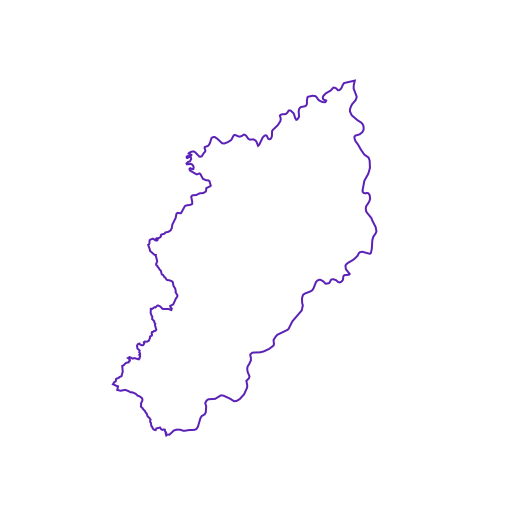 Buritizeiro, Minas Gerais, Brazil (Albers equal-area conic projection), rotated 24°
{"feature_id": "56859067B33679027231632", "entity_name": "Buritizeiro", "entity_type": "district", "adm_level": 2, "iso_a3": "BRA", "parent_name": "Brazil", "parent_adm1": "Minas Gerais", "projection": "albers", "projection_center": [-45.225, -17.281], "detail": "fine", "context": "isolated", "style": "outline", "palette": "violet", "viewbox_px": 512, "rotation_deg": 24, "n_neighbors": 0, "source": "geoboundaries", "source_scale": "gbopen_adm2", "svg_char_len": 6117}
<svg xmlns="http://www.w3.org/2000/svg" viewBox="0 0 512 512"><g transform="rotate(24 256 256)"><path d="M152.8,189.9L155.8,189.8L156.0,190.6L155.2,191.5L152.6,192.7L152.3,193.8L152.9,194.5L153.7,194.3L154.0,193.1L154.8,192.6L155.7,192.4L156.7,192.8L157.3,193.7L157.2,196.4L155.6,197.8L154.9,199.7L155.6,200.3L158.9,198.5L160.1,198.3L161.9,199.1L163.0,200.4L163.4,202.1L162.4,202.6L160.3,202.5L159.8,203.2L160.1,204.1L161.1,204.8L168.4,205.6L169.3,205.1L170.7,203.6L171.6,203.6L176.2,207.1L179.7,207.1L181.6,206.3L183.1,206.6L186.1,210.2L185.5,211.3L183.0,214.1L183.9,216.9L183.6,218.1L182.8,219.2L182.0,220.1L179.1,221.6L176.6,224.6L173.8,226.1L173.0,226.9L172.7,228.2L175.8,232.6L176.5,234.4L176.1,235.1L174.2,236.7L172.4,237.7L171.0,238.9L170.7,239.7L170.1,247.3L169.2,247.9L167.1,248.3L166.5,248.9L166.2,250.0L167.1,253.8L166.8,261.5L167.7,264.6L167.6,267.3L166.0,269.7L163.6,271.4L163.3,272.9L160.8,274.9L160.6,275.7L161.2,276.6L160.9,277.9L159.6,279.4L158.1,280.1L157.7,281.0L158.4,281.7L159.4,281.6L159.1,282.3L157.9,282.6L154.8,282.1L152.7,284.1L152.4,285.0L153.5,287.7L153.5,288.8L153.0,289.7L156.6,293.5L157.0,294.4L162.1,296.0L163.3,296.2L164.1,295.8L164.4,296.6L167.9,301.0L168.0,303.8L168.4,304.7L170.1,305.3L170.6,306.0L171.7,306.3L173.4,307.6L175.0,308.1L177.4,311.1L179.1,311.2L180.7,312.5L181.9,312.6L183.2,313.6L184.6,314.1L186.8,313.4L189.7,313.3L190.7,313.8L192.7,316.8L195.4,318.6L197.1,320.9L197.2,321.8L199.7,323.5L200.4,324.2L200.6,325.4L200.1,327.5L200.1,333.2L199.9,334.1L197.9,336.5L198.6,337.5L200.4,338.2L200.6,339.8L197.7,340.0L192.7,342.2L191.8,342.2L189.3,341.1L186.7,341.0L186.0,341.5L185.1,343.9L184.1,344.1L182.6,346.6L181.4,347.0L182.9,350.8L184.3,352.4L186.0,353.7L186.8,355.9L189.5,356.9L190.3,358.2L191.6,358.9L191.8,360.2L194.9,363.9L194.6,365.2L193.3,366.0L192.9,367.1L191.9,367.8L192.0,368.9L193.1,370.3L193.2,371.1L192.0,372.6L192.5,374.5L192.5,377.1L191.3,378.6L189.2,379.4L188.6,380.4L189.5,381.3L189.2,383.3L188.5,383.8L187.3,384.1L186.2,384.0L185.2,383.4L183.9,384.6L183.8,386.4L184.5,387.5L185.4,388.8L188.1,389.6L188.6,391.6L189.6,392.0L190.1,392.8L189.6,393.9L190.6,394.3L191.1,395.0L190.8,396.1L191.3,397.0L191.0,398.1L186.5,398.7L185.1,399.9L181.7,399.7L180.5,401.3L182.8,401.9L183.4,403.0L182.7,403.9L182.9,405.0L181.1,406.2L180.4,407.2L179.5,409.8L178.5,410.8L181.3,415.9L182.0,420.6L180.4,422.2L180.2,423.1L178.2,425.1L178.8,427.6L177.7,429.2L177.5,431.4L179.5,431.2L180.2,431.5L183.0,431.2L183.7,434.8L187.1,434.2L190.8,431.6L192.0,431.4L195.0,431.3L196.7,431.6L198.7,430.8L202.1,430.8L204.6,431.7L207.2,431.6L209.6,432.2L210.6,433.2L211.0,434.4L210.9,437.7L211.7,438.7L211.8,439.9L212.8,440.8L214.0,441.0L215.1,441.8L217.4,442.7L219.1,444.0L220.1,444.3L222.2,446.6L224.0,447.1L226.2,448.3L226.4,449.9L227.0,450.8L227.9,451.2L229.5,453.9L230.4,454.1L230.9,454.8L232.6,455.9L233.7,456.2L235.1,455.9L235.1,454.1L238.1,451.7L240.0,452.9L241.3,452.9L242.2,452.0L243.3,451.7L244.4,453.4L245.6,453.7L245.7,454.9L247.0,456.4L247.6,455.2L249.6,454.4L252.0,448.7L254.7,446.6L257.5,445.5L260.8,445.2L261.7,444.8L265.7,442.2L270.1,440.1L271.8,438.6L272.3,436.4L272.3,434.9L271.2,426.9L271.3,425.5L271.5,424.3L273.5,421.6L273.7,419.2L271.6,413.5L269.4,411.0L269.6,408.3L270.7,406.3L276.8,403.1L280.6,397.6L281.3,397.3L283.3,396.8L290.3,396.9L295.1,397.6L297.3,396.2L299.3,393.4L301.4,387.1L301.4,379.7L300.6,377.7L298.0,374.0L299.3,370.5L299.0,368.6L295.4,365.2L293.7,362.3L293.3,360.1L293.7,357.9L293.8,353.4L292.7,351.0L290.9,348.7L291.0,347.8L291.9,346.0L292.6,345.4L299.0,342.3L301.9,340.0L305.8,335.5L308.4,330.8L308.3,329.3L306.2,325.6L306.8,321.4L307.6,319.2L314.7,310.8L315.4,309.4L315.8,300.9L319.9,287.2L318.9,282.1L317.3,280.2L315.2,275.9L314.8,272.4L315.8,270.6L320.4,265.9L321.4,264.3L321.7,261.7L321.4,255.5L322.0,253.5L323.7,251.8L324.8,251.5L328.3,251.9L330.3,252.9L331.2,252.9L333.7,251.1L334.1,250.0L334.1,247.7L334.5,246.8L335.9,245.8L338.9,245.5L341.8,246.4L343.4,246.0L344.5,244.7L345.1,242.5L344.2,239.4L344.1,238.6L344.5,237.6L348.5,235.3L348.9,234.3L343.5,231.5L341.7,228.6L341.7,227.7L341.9,226.7L343.0,224.6L346.2,220.2L347.4,217.9L348.7,214.3L348.8,211.6L349.3,210.4L351.3,208.9L358.0,207.9L359.1,207.6L359.7,206.6L358.9,202.4L355.8,194.1L355.3,190.7L356.1,186.8L356.0,184.5L353.6,181.0L346.9,175.5L346.3,174.6L339.6,171.2L338.1,170.0L336.9,167.8L336.4,165.8L337.3,160.4L337.0,157.3L335.1,154.2L333.1,153.0L331.9,153.2L330.4,154.3L328.7,154.6L327.3,153.9L326.7,152.9L324.4,143.2L325.1,135.4L324.7,131.7L324.1,128.8L321.0,122.6L318.8,120.3L313.7,119.3L308.6,116.2L303.9,112.7L300.6,110.9L298.7,109.2L297.5,107.3L297.5,106.4L297.9,105.5L301.2,102.7L302.8,99.6L302.9,96.7L301.5,93.8L299.8,92.2L298.1,91.4L293.2,90.6L286.2,88.5L283.2,85.9L282.2,83.9L281.9,80.4L282.1,78.1L283.6,73.3L283.5,70.6L283.1,69.4L277.0,63.2L275.8,60.1L274.9,55.6L266.1,62.2L265.7,64.2L265.7,68.3L264.9,70.2L264.3,70.9L263.3,71.2L261.2,70.3L259.9,70.2L258.2,70.7L256.9,74.5L253.5,79.2L252.4,82.5L252.4,83.7L253.3,85.2L254.2,85.6L256.9,85.4L257.0,86.7L256.4,87.5L254.2,88.3L251.3,88.3L249.4,87.9L246.4,86.1L245.2,85.8L242.5,86.6L238.7,89.4L238.5,90.2L239.3,93.4L240.5,95.8L240.7,97.4L240.4,98.6L239.8,99.3L236.7,101.5L236.0,102.4L235.6,104.0L236.1,106.4L238.7,111.2L238.2,114.5L237.4,115.2L235.5,113.9L233.1,111.0L232.3,110.4L229.0,109.2L227.9,109.2L226.7,109.8L226.3,112.6L225.3,114.4L222.5,115.7L221.0,117.1L220.7,118.0L222.9,120.7L223.4,123.1L222.7,127.6L220.0,134.2L219.9,135.4L221.8,140.0L221.9,142.3L221.6,143.2L220.7,143.9L219.4,143.9L217.1,141.9L216.3,141.7L215.4,142.0L214.7,142.9L213.9,145.1L213.7,152.9L213.1,154.5L209.9,151.4L208.6,150.7L206.1,150.5L203.3,152.1L202.1,152.2L201.0,151.9L198.0,150.1L196.2,149.8L195.4,150.2L194.2,152.2L192.6,153.6L190.9,153.9L187.5,153.9L186.7,154.7L186.4,156.1L186.3,159.4L185.9,160.6L183.8,163.6L181.3,166.1L179.2,166.8L172.9,164.6L170.0,164.1L169.0,164.5L168.0,165.3L167.4,166.5L168.0,171.9L167.7,173.9L167.3,175.0L164.9,177.3L165.0,178.2L166.7,180.0L167.1,181.2L166.4,183.3L165.9,187.0L164.5,188.1L163.7,188.2L158.3,186.0L156.5,185.8L154.6,187.0L152.9,189.0L152.8,189.9Z" fill="none" stroke="#5b21b6" stroke-width="2"/></g></svg>